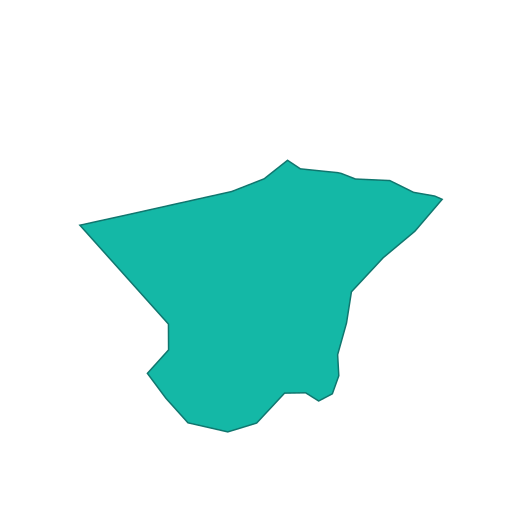 the County of Buliisa, rotated 43°
{"feature_id": "UGA-3082", "entity_name": "Buliisa", "entity_type": "County", "adm_level": 1, "iso_a3": "UGA", "parent_name": "Uganda", "parent_adm1": "", "projection": "natural_earth1", "projection_center": [31.416, 2.001], "detail": "fine", "context": "isolated", "style": "filled", "palette": "teal", "viewbox_px": 512, "rotation_deg": 43, "n_neighbors": 0, "source": "natural_earth", "source_scale": "10m", "svg_char_len": 576}
<svg xmlns="http://www.w3.org/2000/svg" viewBox="0 0 512 512"><g transform="rotate(43 256 256)"><path d="M106.2,353.6L117.0,337.9L129.2,320.3L162.9,271.1L194.2,225.5L209.3,194.0L213.8,164.5L229.0,162.0L248.3,147.4L258.8,139.4L262.0,137.5L276.2,131.9L302.4,109.6L327.8,102.0L345.8,90.3L353.5,87.6L355.3,129.5L350.2,170.4L350.2,217.1L367.9,243.3L383.0,272.5L398.2,287.1L405.8,304.7L400.7,319.3L385.6,322.2L370.4,336.8L370.4,377.7L355.3,403.9L320.0,424.4L287.2,421.5L256.6,415.9L256.1,384.3L238.4,365.5L106.2,353.6Z" fill="#14b8a6" stroke="#0f766e" stroke-width="1.5"/></g></svg>